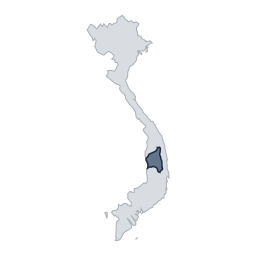 where Gia Lai sits in Vietnam
{"feature_id": "VNM-478", "entity_name": "Gia Lai", "entity_type": "Province", "adm_level": 1, "iso_a3": "VNM", "parent_name": "Vietnam", "parent_adm1": "", "projection": "equal_earth", "projection_center": [108.233, 13.818], "detail": "fine", "context": "in_parent", "style": "filled", "palette": "slate", "viewbox_px": 256, "rotation_deg": 0, "n_neighbors": 0, "source": "natural_earth", "source_scale": "10m", "svg_char_len": 4914}
<svg xmlns="http://www.w3.org/2000/svg" viewBox="0 0 256 256"><path d="M152.2,42.9L150.4,43.0L148.5,45.0L145.9,46.2L145.3,49.7L143.2,51.3L142.2,50.5L140.0,51.2L137.8,50.5L138.5,54.5L136.3,57.6L136.5,59.7L135.9,61.2L131.9,65.7L130.7,65.8L129.8,66.5L127.9,71.8L127.6,76.2L126.8,78.8L125.9,79.8L125.7,81.2L128.7,88.2L130.6,91.1L132.6,92.5L135.5,96.7L135.1,97.8L135.3,100.1L133.9,99.4L134.1,99.7L135.7,101.0L138.2,105.5L142.5,110.2L143.2,112.6L147.4,116.5L147.3,117.1L150.3,120.2L150.6,121.4L152.8,121.3L154.9,125.0L155.5,125.0L155.7,126.5L159.1,132.7L161.8,135.9L163.2,141.6L164.9,146.0L164.9,148.5L167.4,159.2L167.2,160.6L166.7,159.2L166.8,163.3L167.2,165.4L167.0,168.1L168.8,173.0L169.0,178.5L167.8,176.2L166.4,177.8L167.4,181.7L166.3,181.4L166.4,186.7L166.9,188.5L166.8,189.2L166.2,187.8L165.7,190.3L166.2,192.0L165.5,193.9L164.4,194.1L163.8,198.0L161.9,198.3L160.5,200.1L158.8,200.8L155.6,204.2L153.6,204.8L152.5,207.5L150.7,207.9L144.0,212.5L143.2,211.4L142.0,211.0L141.1,208.5L140.4,212.5L139.8,212.8L138.8,212.0L137.8,210.4L136.4,211.5L138.0,211.8L138.4,212.9L138.2,214.1L134.8,214.1L137.9,215.7L138.5,216.9L137.0,218.8L137.0,220.2L136.3,220.9L134.6,219.6L131.0,215.3L135.3,221.5L136.0,224.2L135.0,225.5L133.8,225.6L131.8,223.7L128.6,219.3L127.5,218.7L131.3,225.0L131.8,226.4L131.4,228.0L123.7,232.7L121.6,237.3L119.2,239.9L116.7,240.6L115.3,240.4L116.7,238.1L115.8,237.2L116.2,224.8L116.8,221.5L119.0,220.2L119.1,219.5L118.3,217.6L116.5,216.9L115.7,215.5L114.1,216.1L111.4,212.3L113.0,210.7L116.3,210.4L118.5,207.8L118.3,205.0L118.5,204.6L121.6,205.6L122.7,204.0L126.7,203.4L127.8,205.3L128.8,205.0L130.6,206.4L131.4,206.4L131.0,204.4L131.4,202.6L127.9,198.7L127.8,193.4L128.7,193.1L129.6,191.5L134.1,192.6L134.3,188.6L137.6,188.1L138.3,187.0L140.2,186.6L143.4,183.1L144.8,182.9L145.5,183.8L146.8,182.2L147.4,179.5L146.5,171.9L148.0,165.6L144.9,155.1L145.2,151.3L146.2,150.1L147.2,147.0L147.1,143.6L146.6,142.0L147.4,140.8L148.5,137.7L147.5,135.7L144.3,132.2L143.0,129.4L145.6,127.1L145.6,125.7L140.3,121.0L139.5,118.5L138.2,119.4L137.2,118.8L136.0,116.4L135.5,111.8L134.7,111.0L132.9,107.8L129.9,104.8L126.4,99.9L125.7,98.4L125.2,96.1L123.8,93.5L122.4,93.0L119.9,89.7L119.6,88.3L120.3,86.0L118.6,84.8L115.5,83.7L106.2,76.1L108.2,73.4L107.6,70.9L107.8,70.5L110.4,70.3L114.1,71.3L115.9,69.3L116.7,67.0L118.0,65.3L118.0,64.3L117.1,62.5L115.4,62.5L114.5,59.9L111.7,58.9L113.6,57.2L114.2,55.8L111.6,53.2L108.8,51.3L106.3,52.6L104.4,54.8L103.5,55.1L97.6,52.1L94.8,46.5L96.0,41.9L96.0,40.3L94.9,39.5L94.6,38.4L93.7,40.3L92.8,40.3L92.0,36.9L90.9,36.1L87.0,29.8L88.2,28.5L90.2,24.9L90.9,24.2L94.9,26.7L96.5,28.8L98.3,27.4L98.3,26.6L100.4,24.0L102.3,26.7L103.7,23.8L107.3,27.4L107.8,26.7L108.5,24.2L109.5,23.5L110.3,23.4L111.3,24.8L112.1,24.9L113.8,23.4L115.6,23.2L116.8,21.8L117.2,19.0L117.6,18.5L122.2,15.4L124.1,17.0L125.2,19.4L126.8,20.1L128.5,21.7L129.8,21.4L130.3,20.9L131.9,21.0L133.4,22.6L136.3,21.9L138.9,23.8L138.1,25.9L136.7,26.9L136.4,28.0L136.4,30.4L137.5,31.9L137.6,35.8L138.3,35.5L141.0,36.6L142.0,38.6L143.3,39.7L144.4,39.8L145.3,41.3L146.2,40.8L146.6,41.5L148.5,41.3L149.8,40.7L152.2,42.9ZM107.2,212.6L107.4,215.2L106.7,218.2L105.9,214.9L104.8,212.9L106.3,212.1L107.2,212.6ZM148.1,47.2L146.5,49.1L145.8,49.1L146.7,46.5L148.1,47.2ZM141.7,54.3L141.2,54.4L140.3,53.1L140.8,52.5L141.8,53.0L142.0,53.5L141.7,54.3ZM147.2,51.6L146.5,52.0L145.8,51.9L147.5,50.0L147.2,51.6ZM139.0,51.6L139.7,53.6L138.7,52.5L139.0,51.6ZM143.2,211.8L141.9,213.5L141.9,212.7L143.2,211.8ZM136.9,238.8L136.0,238.8L137.0,237.8L136.9,238.8Z" fill="#d9dde1" stroke="#a8b0b8" stroke-width="1"/><path d="M147.5,168.3L147.6,167.9L148.0,166.7L148.0,166.2L148.0,164.7L147.9,164.1L146.9,161.7L146.7,161.3L146.5,161.0L146.4,160.9L146.3,160.7L146.1,160.3L146.1,160.1L146.1,159.9L146.1,159.6L146.0,159.0L146.1,158.7L146.2,158.4L146.2,158.2L146.4,158.0L147.1,157.4L147.6,156.8L148.0,156.2L148.3,155.7L148.4,155.3L148.6,154.9L148.8,154.6L149.3,154.1L150.1,153.7L154.2,151.9L155.5,151.2L156.3,150.4L156.8,149.7L157.2,149.1L157.3,148.6L157.3,148.3L157.3,148.1L157.2,147.7L157.2,147.4L157.3,147.4L157.5,147.4L157.9,147.6L158.0,147.6L159.5,147.2L160.1,147.8L160.3,148.9L160.3,150.0L160.2,151.3L159.7,153.7L159.7,154.7L159.8,155.3L160.0,155.8L160.2,156.1L160.5,156.7L160.6,156.9L160.7,157.1L160.7,157.3L160.6,157.7L160.6,158.1L160.7,158.4L160.8,158.8L161.3,159.8L161.6,160.5L161.7,160.9L161.9,162.1L161.9,163.8L161.9,165.7L161.9,166.1L162.0,166.4L162.2,166.9L162.2,167.2L162.3,167.5L162.2,167.8L162.2,168.1L162.3,168.3L162.5,168.7L162.5,168.9L162.5,169.1L162.4,169.4L162.1,169.7L161.8,170.0L160.8,170.7L160.6,171.0L160.3,171.3L160.1,171.8L160.0,172.4L158.4,171.9L157.9,171.2L157.4,169.3L157.3,168.9L157.2,168.5L156.9,168.1L156.6,167.8L153.7,166.5L153.3,166.4L153.0,166.4L152.8,166.5L152.1,166.9L151.9,167.0L151.7,167.1L150.2,167.0L148.8,167.2L148.7,167.3L148.1,167.9L147.8,168.1L147.5,168.3Z" fill="#64748b" stroke="#1e293b" stroke-width="1.5"/></svg>